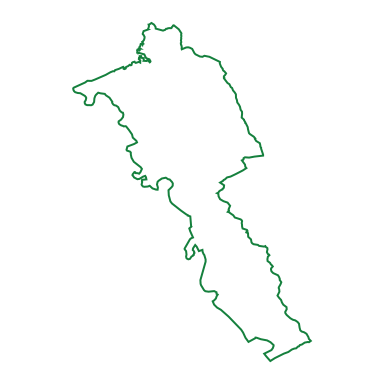 the district of Plopsoru, Gorj, Romania
{"feature_id": "2599482B91527362619045", "entity_name": "Plopsoru", "entity_type": "district", "adm_level": 2, "iso_a3": "ROU", "parent_name": "Romania", "parent_adm1": "Gorj", "projection": "robinson", "projection_center": [23.376, 44.754], "detail": "fine", "context": "isolated", "style": "outline", "palette": "green", "viewbox_px": 384, "rotation_deg": 0, "n_neighbors": 0, "source": "geoboundaries", "source_scale": "gbopen_adm2", "svg_char_len": 5923}
<svg xmlns="http://www.w3.org/2000/svg" viewBox="0 0 384 384"><path d="M270.3,361.0L274.9,358.1L283.9,353.6L288.3,352.0L291.9,349.5L294.2,348.6L296.2,348.3L297.9,346.6L299.0,346.3L299.8,345.1L301.9,344.5L304.7,342.6L307.8,342.0L309.0,342.2L310.8,340.9L308.9,338.9L308.4,337.1L306.5,333.8L304.2,332.3L301.6,331.5L300.3,330.3L299.6,327.7L299.0,323.7L297.6,322.0L295.3,320.4L292.8,319.7L290.4,318.3L286.7,315.0L285.4,313.2L285.2,312.0L286.7,309.2L286.5,307.1L283.3,304.7L281.9,302.4L281.1,300.0L279.0,297.7L277.5,295.6L279.4,291.7L279.2,289.3L278.7,288.0L278.8,287.3L280.5,284.3L281.3,282.2L279.7,279.9L279.8,279.0L279.1,277.1L278.0,275.3L273.2,273.1L271.5,271.4L271.0,269.5L271.1,268.4L272.8,266.5L272.0,265.4L270.8,264.3L270.0,262.8L267.6,261.1L267.4,259.2L267.9,256.6L269.4,255.2L269.0,254.6L267.9,254.0L266.9,252.1L267.5,249.2L267.3,248.0L265.6,246.8L265.3,246.1L264.1,246.6L259.1,245.9L257.9,244.9L253.5,244.2L252.1,243.2L251.5,242.3L251.0,239.4L248.2,236.8L248.0,233.1L246.3,232.4L246.6,231.7L247.5,231.0L246.9,229.9L242.6,228.5L242.1,226.6L242.0,224.4L241.7,223.1L242.1,221.1L241.8,220.4L240.7,219.4L234.8,217.5L233.3,215.3L230.1,213.1L229.4,212.4L227.8,211.9L228.6,211.0L228.6,210.2L228.9,210.2L228.7,209.1L230.1,205.8L227.6,202.6L223.5,201.2L220.1,199.2L218.6,196.4L218.3,193.7L217.2,193.2L218.4,192.6L219.0,191.5L220.4,190.4L222.5,189.4L222.5,188.9L223.8,187.8L224.1,185.3L220.1,182.6L223.1,180.8L223.6,180.0L224.9,179.4L227.1,177.4L230.5,176.6L235.9,174.0L242.7,170.5L246.4,168.1L245.3,166.7L245.0,164.6L241.9,160.4L243.2,159.8L243.6,159.1L243.5,158.3L243.7,158.1L245.0,157.3L249.1,157.6L254.5,156.6L263.1,155.6L263.1,154.6L261.1,148.6L261.1,147.6L260.4,146.8L260.3,145.3L259.8,143.2L256.2,141.0L254.9,138.9L255.3,138.5L253.9,136.8L249.8,134.0L249.0,133.1L248.0,129.2L247.7,127.1L245.8,123.3L245.2,122.9L245.3,122.3L244.0,120.2L244.0,119.7L241.7,117.6L242.1,113.8L242.0,111.7L240.6,109.7L240.0,106.8L238.9,104.6L237.3,102.5L236.9,100.0L236.0,97.8L235.9,94.3L234.7,92.4L233.0,90.4L232.1,88.0L230.8,87.1L229.4,84.2L227.5,83.0L224.1,78.5L224.3,78.1L223.9,77.9L223.9,76.3L225.2,74.9L226.1,73.4L224.4,71.4L223.2,70.5L222.7,69.4L222.7,68.8L221.1,66.8L219.8,63.5L219.9,61.9L209.4,56.8L204.4,55.8L202.5,56.8L199.9,56.5L195.5,54.3L194.4,53.1L192.2,48.9L189.8,47.7L188.1,47.3L186.1,47.5L181.8,49.3L181.6,48.4L181.8,47.3L181.4,45.2L181.0,44.8L180.8,43.1L181.2,42.5L181.2,41.5L180.9,40.4L181.3,38.7L181.1,38.0L181.4,35.9L181.1,35.1L181.4,33.3L178.8,29.3L173.8,25.3L173.0,25.6L172.8,26.2L171.8,27.2L171.6,27.9L171.1,28.2L169.2,28.1L167.6,28.4L167.0,28.8L166.1,28.8L165.2,29.8L163.0,30.6L155.7,28.6L155.5,26.8L154.0,24.6L151.4,23.0L149.3,24.5L148.6,24.6L149.0,26.0L148.5,28.0L147.8,29.4L148.1,29.5L143.6,31.1L142.7,33.8L142.8,34.3L143.5,34.8L144.6,36.9L144.5,38.1L144.0,39.9L143.0,41.3L142.2,41.9L143.4,43.8L142.6,44.3L142.5,44.7L142.2,44.2L141.8,44.3L141.3,43.8L140.7,44.0L140.1,46.5L139.4,47.1L139.6,48.2L140.4,48.7L139.5,48.7L139.8,49.2L139.7,50.3L139.4,50.5L138.5,49.5L138.0,49.3L137.4,49.6L137.1,50.6L137.4,51.5L137.2,52.6L138.0,52.7L138.2,53.3L139.0,52.9L144.3,54.4L145.9,57.8L147.0,58.5L149.4,59.3L150.5,61.3L150.2,62.0L149.8,62.3L149.1,61.3L148.5,61.3L148.0,60.4L147.4,60.1L146.4,61.0L143.6,60.8L143.9,60.1L143.6,59.5L143.7,58.2L141.5,57.8L141.2,57.5L141.2,56.1L139.7,56.1L139.7,56.6L140.3,56.9L140.1,57.7L139.7,58.2L139.0,58.0L138.9,58.6L139.2,59.0L139.0,59.3L140.3,60.4L140.2,62.6L138.9,61.9L135.8,62.9L135.1,62.5L134.6,61.7L132.8,62.2L132.0,62.8L131.5,65.0L130.8,65.3L129.7,64.8L128.1,66.1L126.1,67.0L125.8,67.6L125.0,68.0L125.5,68.6L125.0,68.9L124.3,69.1L123.6,68.8L123.3,66.9L122.8,67.0L118.8,68.9L115.1,70.1L114.3,71.3L113.0,71.2L110.5,72.2L105.7,74.9L95.1,79.5L91.5,80.9L87.4,80.8L85.1,82.5L73.9,87.6L73.2,88.3L73.4,89.8L74.1,91.2L75.2,92.2L77.8,93.0L80.3,93.2L84.9,95.9L86.1,97.4L86.2,98.2L85.7,100.3L84.7,101.8L84.7,103.0L85.4,104.4L87.0,105.1L91.3,105.2L92.6,104.6L94.1,102.0L94.4,98.3L95.3,95.8L96.1,94.7L98.2,92.7L100.4,93.3L104.8,93.9L105.9,95.3L109.5,97.7L112.3,101.8L112.1,102.7L113.2,104.4L114.3,105.2L116.1,105.6L118.2,107.1L119.8,110.6L121.7,112.4L122.9,112.7L123.4,114.6L123.0,117.1L121.1,119.6L118.7,121.3L118.5,122.2L118.8,123.3L119.3,124.2L121.2,125.4L122.9,125.9L123.7,126.4L125.4,126.2L126.1,126.4L128.8,129.8L132.0,134.4L132.8,137.6L136.4,140.9L137.0,142.4L134.1,144.0L127.4,146.5L126.5,149.8L127.0,150.6L130.0,151.6L130.8,152.5L130.8,154.4L131.5,157.8L133.8,161.8L140.7,167.2L141.9,168.9L140.4,172.2L139.1,173.7L137.8,173.2L135.6,173.1L135.3,172.3L134.8,172.0L134.4,172.1L132.6,174.4L132.5,175.4L133.5,176.4L134.0,177.4L137.4,179.2L139.4,178.9L143.1,176.6L145.2,175.9L146.0,177.3L146.4,179.4L142.1,179.8L141.9,181.1L142.2,181.9L141.6,184.6L142.0,185.4L143.0,186.5L144.4,186.8L147.9,186.5L149.7,185.8L152.5,188.4L156.0,189.6L157.6,189.7L157.9,187.5L157.0,184.5L157.6,181.8L158.7,180.7L161.9,178.5L165.8,177.7L168.1,179.2L169.7,179.5L172.0,182.0L172.8,183.4L172.7,185.7L171.7,187.1L168.5,190.2L168.8,195.4L170.4,201.4L172.0,203.5L181.0,210.6L186.3,214.4L188.0,215.3L187.9,215.6L190.3,216.4L191.1,226.1L191.4,226.6L189.3,228.4L190.2,231.2L193.0,237.5L191.3,238.2L190.0,239.2L184.6,248.6L184.7,249.3L186.1,251.1L186.5,254.6L186.1,256.5L186.4,258.0L186.9,258.6L188.3,259.3L189.9,258.9L191.5,256.5L192.9,255.8L193.2,255.0L193.8,254.9L194.0,253.1L194.4,253.0L194.4,252.3L193.5,250.6L192.8,250.1L192.9,248.9L193.2,248.1L195.2,245.0L196.7,246.7L198.9,251.1L202.4,249.9L202.7,252.1L203.7,254.3L204.3,255.0L205.6,259.4L205.6,261.7L200.4,280.1L200.6,283.9L201.1,285.3L204.0,290.1L205.3,291.2L208.5,291.7L214.2,291.1L216.5,292.3L216.5,293.8L217.7,294.6L216.6,296.3L215.9,298.5L214.1,300.4L212.7,301.3L214.1,304.6L217.1,307.6L220.9,309.8L228.6,316.6L241.2,329.7L243.1,332.6L245.5,337.8L248.5,341.9L255.3,338.2L255.5,337.6L256.5,337.7L260.8,339.2L267.1,340.4L270.5,342.2L273.6,345.1L273.6,345.9L272.8,348.2L271.4,350.1L264.2,353.7L266.2,356.3L270.3,361.0Z" fill="none" stroke="#15803d" stroke-width="2"/></svg>